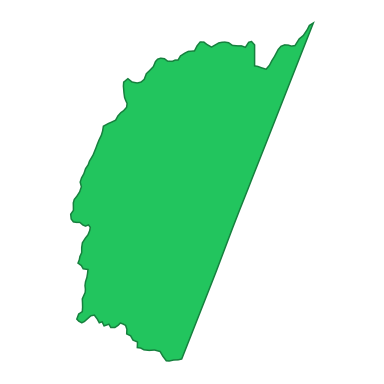 Milhã, Ceará, Brazil
{"feature_id": "56859067B33545091671034", "entity_name": "Milhã", "entity_type": "district", "adm_level": 2, "iso_a3": "BRA", "parent_name": "Brazil", "parent_adm1": "Ceará", "projection": "robinson", "projection_center": [-39.196, -5.645], "detail": "fine", "context": "isolated", "style": "filled", "palette": "green", "viewbox_px": 384, "rotation_deg": 0, "n_neighbors": 0, "source": "geoboundaries", "source_scale": "gbopen_adm2", "svg_char_len": 2025}
<svg xmlns="http://www.w3.org/2000/svg" viewBox="0 0 384 384"><path d="M281.0,46.3L278.2,49.5L274.5,56.5L271.9,60.6L269.6,65.1L266.1,69.2L261.5,67.8L257.7,66.4L254.6,65.9L254.6,58.6L254.6,53.5L254.6,50.2L254.6,44.9L251.5,41.5L248.7,42.3L245.4,47.3L241.5,45.9L237.9,45.9L232.4,45.4L228.6,42.7L224.8,42.1L221.9,42.3L218.8,42.9L211.5,47.1L206.8,44.4L203.9,42.1L200.2,42.0L197.1,45.8L194.5,50.9L191.2,51.2L188.3,51.4L184.9,53.1L180.5,55.9L178.0,60.1L175.1,60.1L172.4,61.3L167.7,61.2L164.4,58.7L160.7,58.2L157.6,59.2L155.5,61.5L153.4,66.6L149.5,70.7L146.4,73.6L144.2,79.4L141.0,82.1L137.2,83.0L132.0,82.0L127.9,78.7L123.7,82.1L123.4,86.1L124.0,93.1L124.6,97.5L125.7,100.4L127.1,103.5L126.6,107.3L123.6,110.7L120.9,112.6L118.0,115.8L115.6,120.2L111.2,122.3L108.4,123.5L103.4,126.2L102.6,131.1L101.4,135.1L99.0,140.1L97.3,144.3L95.9,148.1L94.6,151.3L93.1,155.0L89.5,161.1L88.2,164.8L85.6,168.6L83.9,173.7L81.5,178.0L80.2,182.1L81.4,186.8L79.7,191.8L76.9,196.2L74.3,199.4L73.3,202.9L73.4,207.0L73.4,210.4L70.7,214.2L71.2,219.0L73.4,221.9L76.6,222.4L79.9,222.4L82.9,225.0L85.5,226.1L88.5,224.9L90.3,227.4L89.7,230.6L88.0,234.8L85.4,238.1L82.4,242.8L81.7,247.5L81.7,252.6L79.9,256.6L79.3,259.8L78.0,263.1L81.4,265.6L83.2,268.8L88.0,269.5L87.5,273.8L86.9,277.4L85.5,281.8L85.0,285.6L85.4,289.2L85.2,292.4L83.8,295.5L82.3,298.9L82.5,303.0L82.6,307.2L82.3,311.6L78.7,314.0L76.8,319.1L78.8,321.2L81.8,322.8L84.4,321.5L87.9,318.4L90.8,315.8L94.3,315.1L97.3,319.1L99.3,322.8L102.1,321.8L104.1,325.9L108.9,324.2L110.8,327.5L114.9,327.5L118.0,325.4L120.4,323.0L123.0,324.0L125.6,325.4L126.9,329.3L126.7,333.9L130.6,335.8L133.0,340.1L137.5,342.0L137.3,347.6L140.6,348.0L143.9,349.8L149.3,350.4L154.4,350.0L160.1,351.5L162.9,356.3L166.3,360.8L169.2,361.0L173.7,360.0L178.3,359.8L181.7,359.0L211.4,283.6L216.1,271.6L232.7,227.7L239.7,209.7L247.5,190.1L252.3,177.8L265.7,144.0L313.3,23.0L309.4,25.4L307.4,29.4L303.4,35.4L299.2,38.9L295.0,45.6L291.4,46.1L288.2,45.1L284.6,44.9L281.0,46.3Z" fill="#22c55e" stroke="#15803d" stroke-width="1.5"/></svg>